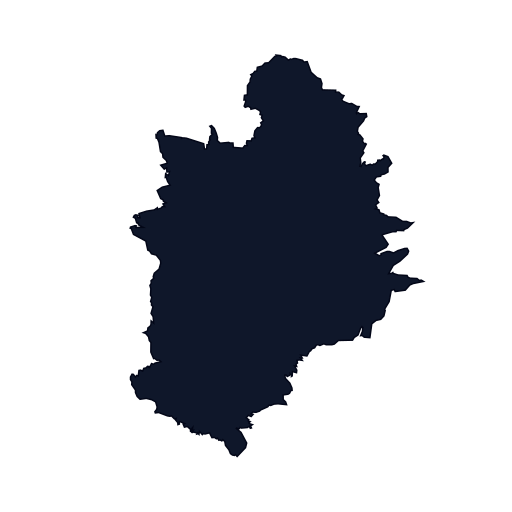 the district of San Gabriel, Jalisco, Mexico, rotated 71°
{"feature_id": "50627088B86514421558272", "entity_name": "San Gabriel", "entity_type": "district", "adm_level": 2, "iso_a3": "MEX", "parent_name": "Mexico", "parent_adm1": "Jalisco", "projection": "equal_earth", "projection_center": [-103.749, 19.704], "detail": "fine", "context": "isolated", "style": "filled", "palette": "ink", "viewbox_px": 512, "rotation_deg": 71, "n_neighbors": 0, "source": "geoboundaries", "source_scale": "gbopen_adm2", "svg_char_len": 6127}
<svg xmlns="http://www.w3.org/2000/svg" viewBox="0 0 512 512"><g transform="rotate(71 256 256)"><path d="M370.3,174.9L357.8,168.6L356.0,163.4L356.5,158.7L354.3,154.6L349.6,151.6L348.1,151.7L342.5,145.0L332.5,139.3L332.7,136.2L334.9,136.0L336.9,126.0L333.5,120.0L333.2,116.4L334.6,105.9L332.6,107.6L332.2,109.6L329.7,111.1L327.1,117.6L325.6,119.2L323.6,119.5L320.2,127.9L317.1,132.0L316.2,132.0L316.6,133.1L315.9,136.4L309.6,129.3L307.7,121.5L303.5,112.1L301.1,110.1L298.0,110.6L297.3,112.7L297.1,120.0L297.9,124.9L295.1,128.5L294.4,130.5L294.5,137.0L295.6,137.1L295.9,139.3L292.0,142.8L290.2,130.2L287.9,127.2L277.4,130.0L277.0,129.1L277.5,119.1L278.6,115.7L277.6,114.7L280.1,108.1L279.2,107.5L278.9,103.7L275.6,96.6L275.2,98.9L272.3,102.4L271.0,106.1L265.0,111.0L262.0,118.4L260.1,119.4L258.8,121.7L257.9,121.5L255.5,124.8L252.3,124.7L250.3,127.8L249.9,125.9L246.5,126.3L245.4,122.5L242.4,123.3L239.0,119.6L231.0,118.2L228.3,116.3L226.0,118.3L222.7,119.5L220.4,116.4L221.2,112.2L219.9,111.2L220.3,107.8L219.5,103.8L215.2,102.4L212.5,97.5L205.0,98.9L202.2,102.3L202.5,103.2L204.0,102.5L205.8,104.1L205.4,104.7L206.3,107.7L205.5,107.9L205.1,109.7L206.3,110.1L207.9,113.2L207.3,114.9L208.0,116.6L206.4,118.1L206.4,122.6L204.4,123.5L202.7,122.2L202.2,122.9L203.5,125.5L205.6,127.4L204.9,128.6L201.7,126.5L197.2,125.5L193.5,120.4L191.4,120.9L186.1,115.3L185.2,115.9L185.2,117.0L182.2,118.0L180.1,116.7L175.3,118.4L174.3,119.9L173.3,119.1L171.2,119.6L167.5,117.6L163.2,110.3L161.0,108.4L160.3,105.9L157.2,105.4L155.3,111.6L153.7,112.7L154.2,114.5L153.2,114.5L148.3,109.8L147.4,112.0L142.9,115.9L142.4,118.4L137.9,123.5L135.2,124.0L135.0,122.8L133.0,120.6L131.5,122.6L128.0,124.4L127.0,127.4L125.2,126.7L120.6,139.1L118.0,139.3L114.5,137.5L109.6,137.4L107.3,140.2L100.2,144.1L88.9,144.3L88.2,147.6L86.1,148.3L82.3,154.1L81.6,155.9L81.6,158.5L80.9,159.4L81.4,161.6L77.5,163.7L76.1,165.8L76.3,166.9L74.6,167.3L72.6,171.5L73.5,171.3L73.4,173.2L77.4,181.1L76.5,184.7L78.4,188.4L78.0,193.3L81.5,195.1L81.0,197.0L82.5,199.3L82.8,201.9L84.5,201.3L86.9,203.8L89.5,204.9L92.1,208.6L100.8,211.7L100.3,214.6L104.6,216.6L105.0,215.2L106.7,215.5L110.4,218.4L111.9,217.8L111.9,214.6L114.0,212.8L115.6,213.0L116.1,208.5L119.2,205.7L121.0,204.7L123.5,206.2L125.0,204.3L127.0,205.9L130.6,205.0L131.6,208.2L133.5,207.9L135.0,209.1L135.9,210.8L135.1,212.7L137.3,216.3L141.5,218.7L143.9,218.5L143.4,221.4L145.6,223.1L144.1,227.0L146.2,228.3L148.8,228.2L147.9,230.6L149.7,233.4L145.9,242.1L141.7,241.0L140.7,243.9L139.7,244.8L137.7,253.1L134.2,255.0L131.4,253.8L127.0,253.6L121.8,253.9L118.2,255.6L118.3,257.4L120.8,256.5L125.4,258.2L126.6,257.4L128.1,260.7L130.5,261.9L131.1,261.4L132.8,263.7L135.2,264.2L134.8,266.1L138.8,267.9L138.0,269.9L132.8,268.9L122.0,283.4L120.8,285.9L120.7,287.7L120.3,287.2L119.7,288.0L114.0,298.9L112.9,303.2L106.8,303.1L106.2,306.3L107.3,308.9L109.8,310.9L109.2,311.2L112.0,312.0L112.8,310.9L117.0,310.7L126.2,312.3L128.8,311.0L132.4,311.8L136.4,309.7L138.8,309.6L139.4,309.8L139.1,316.5L144.0,314.5L143.6,311.8L147.6,312.9L148.0,310.2L151.5,312.6L148.7,314.6L152.2,316.2L152.3,315.3L156.9,315.3L161.1,314.1L160.4,322.2L161.9,328.1L170.7,327.4L172.5,325.6L174.1,325.7L176.5,323.6L176.5,327.0L179.6,326.2L178.8,328.5L179.8,330.0L179.8,334.0L178.3,333.6L179.3,337.2L178.0,344.8L177.8,352.8L182.1,353.2L181.2,355.4L179.1,354.3L177.9,356.3L178.0,357.8L179.4,359.3L181.1,357.8L185.5,358.0L186.2,357.7L186.0,356.7L188.3,356.9L192.2,353.3L189.9,360.4L188.5,359.4L187.9,360.5L187.8,365.2L188.8,365.9L189.4,365.0L195.7,364.8L206.0,355.3L215.2,356.4L216.7,354.9L219.9,354.1L222.7,350.0L229.0,347.8L231.8,348.4L236.8,351.9L239.2,357.8L242.1,359.9L243.8,360.0L245.2,363.3L247.7,363.9L249.3,365.9L252.8,366.1L258.6,368.5L261.1,368.0L264.8,370.5L266.2,369.9L268.3,370.8L270.4,369.9L276.1,373.9L279.8,373.0L286.2,374.6L283.3,376.3L286.5,377.5L287.9,378.9L288.8,381.6L291.5,382.9L291.9,387.3L293.3,385.5L297.4,383.9L301.2,384.4L303.6,383.5L312.6,386.7L319.7,386.2L319.9,385.0L322.3,383.6L322.9,381.4L325.0,380.3L324.4,386.3L325.0,388.1L323.7,389.8L326.9,393.0L326.3,393.8L325.6,393.3L325.0,394.5L326.0,396.5L325.7,398.7L327.9,400.6L326.3,402.4L326.1,403.9L331.1,406.4L330.1,407.7L331.2,409.5L328.0,410.5L327.4,411.7L329.6,414.1L332.0,414.9L334.6,414.3L337.2,415.4L343.5,413.6L345.9,414.4L350.1,414.1L353.7,412.3L354.9,406.1L357.9,401.4L361.2,398.4L366.5,398.6L368.7,399.8L370.3,402.3L371.6,402.3L372.3,399.0L378.3,391.8L379.5,389.6L379.6,388.0L383.6,386.1L383.6,384.4L384.9,385.4L388.0,384.2L390.0,384.7L390.0,383.2L387.4,382.3L391.2,378.0L391.3,379.6L394.5,379.4L394.8,376.5L398.9,374.2L397.5,371.7L399.4,372.8L399.5,374.7L400.2,374.9L400.3,371.8L401.6,373.0L401.4,374.3L402.1,373.9L402.2,372.2L404.1,369.6L403.8,368.2L405.1,369.7L405.2,368.4L406.1,368.0L403.3,366.6L407.4,364.9L406.8,363.7L407.7,362.1L408.1,357.5L413.4,356.8L414.1,354.2L415.9,353.0L415.7,351.7L418.1,351.1L418.2,349.9L419.7,348.5L418.8,347.2L421.2,345.9L425.2,346.5L430.4,344.7L434.5,344.5L436.5,343.1L437.6,341.2L437.1,340.0L439.4,339.1L433.8,328.3L429.8,325.7L417.9,327.6L411.9,331.2L413.9,328.3L412.9,326.9L413.9,325.9L415.4,320.0L414.8,317.8L417.0,317.5L417.1,316.3L414.8,316.5L414.3,314.3L412.2,317.0L411.4,317.0L410.8,315.6L410.0,317.0L408.4,316.8L408.5,316.2L405.7,317.9L404.2,315.1L406.2,312.8L404.8,310.3L403.6,312.1L402.5,309.9L403.8,306.9L403.8,303.1L403.1,301.8L402.4,294.0L401.2,292.1L402.1,290.8L401.9,287.2L402.9,283.3L406.5,275.5L403.6,275.5L400.6,277.0L396.2,275.6L397.1,270.7L396.7,269.0L394.5,266.7L394.8,265.6L392.5,265.0L387.3,265.4L381.2,268.1L378.1,267.6L378.1,266.4L380.1,265.7L379.7,262.9L378.1,262.1L379.9,261.1L381.4,261.7L381.2,260.8L377.1,259.2L379.5,255.7L377.2,254.6L372.4,255.4L373.6,253.5L371.3,253.5L370.7,251.6L368.0,251.3L368.3,249.0L369.7,246.3L366.7,247.3L367.5,245.5L364.2,246.0L367.1,240.4L363.5,236.5L363.5,235.4L361.9,233.1L361.9,230.5L359.9,228.0L360.0,226.3L361.4,224.7L361.1,220.4L362.7,218.6L364.6,213.1L364.8,210.7L362.7,205.6L367.0,192.1L365.0,189.7L363.9,185.3L358.4,180.7L357.2,178.8L358.3,178.3L361.9,179.9L365.4,183.0L365.7,181.5L368.0,180.1L370.3,174.9Z" fill="#0f172a" stroke="#020617" stroke-width="1.5"/></g></svg>